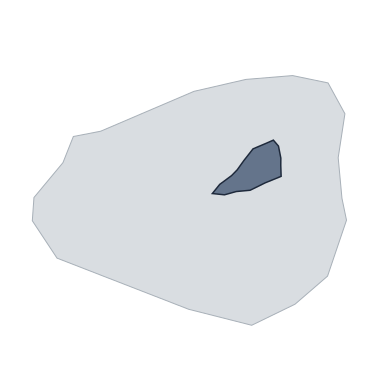 Andorra la Vella on a map of Andorra (Natural Earth projection), rotated 186°
{"feature_id": "AND-4876", "entity_name": "Andorra la Vella", "entity_type": "state/province", "adm_level": 1, "iso_a3": "AND", "parent_name": "Andorra", "parent_adm1": "", "projection": "natural_earth1", "projection_center": [1.52, 42.514], "detail": "fine", "context": "in_parent", "style": "filled", "palette": "slate", "viewbox_px": 384, "rotation_deg": 186, "n_neighbors": 0, "source": "natural_earth", "source_scale": "10m", "svg_char_len": 655}
<svg xmlns="http://www.w3.org/2000/svg" viewBox="0 0 384 384"><g transform="rotate(186 192 192)"><path d="M315.8,234.8L289.2,242.9L200.6,292.3L150.2,309.6L104.1,318.3L68.1,314.7L48.1,285.8L50.2,241.4L42.2,201.4L35.4,180.1L48.4,122.5L77.8,91.2L118.7,65.7L183.0,75.0L319.3,112.1L347.8,146.7L348.6,170.0L323.4,207.7L315.8,234.8Z" fill="#d9dde1" stroke="#a8b0b8" stroke-width="1"/><path d="M171.6,192.6L165.2,202.5L154.4,212.4L149.4,218.7L143.7,228.7L135.8,241.3L124.4,247.6L116.5,252.1L110.8,246.7L107.2,235.0L106.5,227.8L105.0,216.9L120.1,208.8L134.4,199.8L148.0,197.1L159.4,192.6L171.6,192.6Z" fill="#64748b" stroke="#1e293b" stroke-width="1.5"/></g></svg>